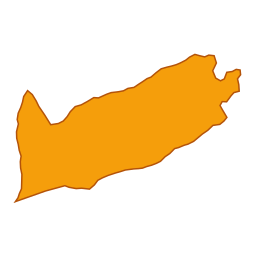 outline of Uniflor, Paraná, Brazil
{"feature_id": "56859067B30041456320197", "entity_name": "Uniflor", "entity_type": "district", "adm_level": 2, "iso_a3": "BRA", "parent_name": "Brazil", "parent_adm1": "Paraná", "projection": "natural_earth1", "projection_center": [-52.102, -23.067], "detail": "fine", "context": "isolated", "style": "filled", "palette": "amber", "viewbox_px": 256, "rotation_deg": 0, "n_neighbors": 0, "source": "geoboundaries", "source_scale": "gbopen_adm2", "svg_char_len": 1367}
<svg xmlns="http://www.w3.org/2000/svg" viewBox="0 0 256 256"><path d="M226.9,117.4L222.3,109.6L220.0,105.5L222.2,101.6L226.6,101.8L231.1,95.7L233.9,92.6L239.2,91.2L238.8,84.7L237.5,78.8L240.6,74.7L240.1,70.0L236.2,69.4L232.3,71.5L226.8,72.3L224.3,78.9L220.5,80.8L215.7,78.1L212.7,70.8L216.4,63.0L214.1,55.7L208.8,55.1L204.7,56.9L199.6,55.7L194.9,54.4L189.6,57.1L185.7,60.2L179.8,63.2L176.2,64.7L171.4,66.1L166.8,67.2L161.2,68.8L156.1,72.7L151.0,77.1L147.1,78.6L142.6,81.7L138.7,84.2L134.0,87.4L127.9,88.4L123.5,90.8L118.1,91.8L111.2,92.6L106.7,94.2L98.5,97.9L93.8,97.6L87.2,101.6L81.1,104.9L75.2,106.6L70.3,111.7L67.2,116.6L63.3,121.0L58.4,123.5L50.7,124.7L44.6,114.9L38.8,106.4L36.2,101.0L32.3,94.6L27.6,90.6L23.7,96.5L22.5,102.2L20.7,107.6L18.2,113.2L17.2,119.5L18.4,123.9L16.5,131.8L16.7,138.2L18.2,144.2L19.2,150.2L21.1,156.1L20.3,161.7L20.6,168.1L21.9,174.4L21.7,182.5L21.5,188.8L19.4,193.5L18.0,197.8L15.4,201.6L45.5,191.0L64.9,185.7L69.1,187.3L76.2,188.6L81.5,188.2L89.5,189.1L94.4,184.9L97.8,180.3L102.5,177.8L108.2,175.4L115.8,172.9L120.1,171.7L125.4,170.0L133.8,168.9L138.5,168.6L142.6,168.1L146.5,166.6L151.6,165.2L156.5,163.3L160.5,161.3L165.1,156.7L169.8,153.5L174.6,148.6L178.5,147.6L184.3,145.2L187.9,144.2L193.7,141.3L202.4,134.0L207.8,130.3L212.9,125.4L219.8,124.4L223.9,121.1L226.9,117.4Z" fill="#f59e0b" stroke="#b45309" stroke-width="1.5"/></svg>